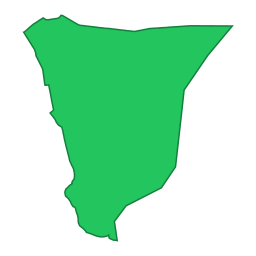 the district of Nasr City, Al Qahirah, Egypt
{"feature_id": "37247803B64528254011318", "entity_name": "Nasr City", "entity_type": "district", "adm_level": 2, "iso_a3": "EGY", "parent_name": "Egypt", "parent_adm1": "Al Qahirah", "projection": "robinson", "projection_center": [31.337, 30.032], "detail": "fine", "context": "isolated", "style": "filled", "palette": "green", "viewbox_px": 256, "rotation_deg": 0, "n_neighbors": 0, "source": "geoboundaries", "source_scale": "gbopen_adm2", "svg_char_len": 4459}
<svg xmlns="http://www.w3.org/2000/svg" viewBox="0 0 256 256"><path d="M86.5,232.4L88.6,233.0L89.6,233.4L91.9,234.2L93.6,234.9L94.6,235.3L95.6,235.7L97.7,236.3L99.5,236.7L101.7,236.9L103.0,236.8L103.8,236.8L104.9,236.6L105.7,236.4L106.5,236.2L107.5,235.8L108.3,235.5L108.6,235.2L108.6,235.7L108.8,236.1L108.9,236.5L109.0,237.4L109.3,238.0L109.5,238.4L113.4,240.1L115.9,240.3L117.2,240.6L114.4,221.4L126.1,205.8L161.4,187.8L175.5,166.9L181.4,114.7L184.1,90.0L188.8,83.2L207.7,55.5L232.3,26.0L189.8,25.8L187.4,26.0L185.7,26.1L182.8,26.3L180.0,26.5L176.9,26.7L174.1,26.9L169.2,27.2L166.3,27.5L162.4,27.7L159.5,27.9L155.7,28.2L153.2,28.3L150.5,28.5L149.3,28.6L148.9,28.6L148.5,28.7L147.6,29.0L145.6,29.3L142.8,29.9L140.9,30.3L138.4,30.7L136.5,31.1L134.8,31.4L134.1,31.4L133.6,31.4L132.6,31.3L131.5,31.1L130.0,31.0L126.6,30.6L124.9,30.4L121.5,30.0L117.4,29.5L113.7,29.1L112.1,28.9L109.3,28.5L109.1,28.5L107.7,28.4L105.3,28.3L105.1,28.3L104.8,28.2L102.4,27.9L99.2,27.6L95.6,27.1L91.5,26.6L84.2,25.8L84.1,25.7L83.0,25.6L80.1,25.3L79.1,25.0L78.3,24.7L77.4,24.2L76.9,23.9L74.3,22.5L72.8,21.5L72.5,21.4L72.2,21.2L71.9,21.0L71.7,20.9L71.2,20.6L68.8,19.2L66.2,17.7L65.4,17.2L64.9,16.9L64.4,16.6L63.3,16.0L63.1,15.9L62.2,15.4L61.9,15.4L61.7,15.4L61.4,15.4L61.0,15.4L60.9,15.5L60.7,15.8L60.5,16.0L60.4,16.2L60.3,16.3L60.1,16.6L59.9,16.8L59.7,17.0L59.4,17.3L59.2,17.5L58.8,17.8L58.7,17.8L58.5,18.0L58.4,18.0L58.2,18.1L57.9,18.2L57.7,18.3L57.2,18.4L56.9,18.4L56.8,18.5L56.7,18.5L56.0,18.6L55.7,18.6L55.4,18.7L55.1,18.7L54.9,18.7L54.7,18.8L54.2,18.8L53.8,18.9L53.5,19.0L53.3,19.0L53.0,19.0L52.7,19.1L52.2,19.1L51.8,19.2L51.5,19.3L51.3,19.3L51.1,19.3L50.9,19.3L50.6,19.4L50.3,19.4L50.1,19.5L49.8,19.5L49.7,19.5L49.4,19.6L49.2,19.6L48.9,19.7L48.7,19.7L48.4,19.7L48.0,19.8L47.9,19.8L47.7,19.8L47.4,19.8L47.2,19.8L46.9,19.8L46.7,19.7L46.4,19.7L46.2,19.6L45.8,19.5L45.7,19.5L45.6,19.4L45.4,19.4L45.2,19.3L45.1,19.2L44.9,19.1L44.7,19.0L44.6,18.9L44.4,18.8L44.3,18.7L44.2,18.6L43.8,18.4L43.6,18.2L43.4,18.1L43.2,17.9L39.8,20.0L38.3,21.0L36.1,22.5L33.8,23.9L33.5,24.1L32.5,24.9L31.1,26.1L30.8,26.3L30.3,26.8L29.4,27.5L27.9,28.9L27.1,29.7L26.3,30.3L25.5,31.0L24.3,32.0L23.7,32.2L25.2,34.6L26.0,35.9L27.1,37.7L27.7,38.5L28.2,39.4L28.6,40.0L29.0,40.7L29.3,41.1L29.5,41.5L29.8,41.9L30.0,42.3L30.3,42.7L30.8,43.6L32.5,46.3L33.1,47.2L33.6,48.0L34.1,48.9L34.2,49.0L34.3,49.1L34.4,49.3L34.5,49.5L34.8,50.3L34.9,50.7L35.1,51.2L35.2,51.6L35.4,52.1L35.5,52.6L35.6,52.9L35.7,53.0L35.7,53.3L35.8,53.5L35.8,53.8L35.8,54.0L35.9,54.8L35.9,55.1L36.0,55.3L36.0,55.6L36.1,55.8L36.2,56.0L36.3,56.3L36.4,56.6L36.5,56.7L36.6,56.9L39.6,62.9L42.1,67.8L42.2,68.1L42.3,68.2L42.4,68.4L42.4,68.5L42.5,68.7L42.5,68.8L42.6,69.0L42.7,69.3L42.8,69.5L42.8,69.8L42.9,70.0L42.9,70.3L43.0,70.5L43.0,71.0L43.1,71.5L43.1,71.9L44.7,83.7L44.7,83.9L44.8,84.1L44.9,84.4L44.9,84.5L45.0,84.8L45.0,85.0L45.1,85.3L48.7,85.0L49.2,87.5L49.4,88.7L49.6,89.4L50.2,92.4L51.0,96.8L51.6,100.1L51.9,101.7L52.2,103.1L52.3,103.6L52.4,104.0L52.8,105.8L53.1,107.7L53.1,108.0L53.3,108.5L53.4,109.0L53.4,109.3L53.5,109.5L53.6,109.9L53.6,110.0L52.8,110.8L50.1,113.0L51.5,114.7L52.6,116.1L53.0,116.6L53.4,117.2L53.8,117.7L54.2,118.2L54.3,118.4L54.5,118.6L54.6,118.8L54.9,119.2L55.1,119.5L55.4,120.1L55.7,120.8L56.0,121.6L56.2,121.9L56.5,122.5L56.8,122.8L56.9,123.0L57.4,123.7L57.5,123.9L57.8,124.2L58.0,124.5L58.4,124.9L58.5,125.0L58.7,125.3L58.8,125.4L59.0,125.4L59.2,125.6L59.5,125.8L60.4,126.3L60.5,126.4L60.8,126.5L61.0,126.6L61.2,126.8L61.4,126.9L61.5,127.0L61.8,127.3L61.9,127.5L62.0,127.6L62.0,127.8L62.1,128.2L62.3,129.0L62.5,129.6L62.6,130.0L62.8,130.9L62.9,131.2L63.2,133.2L63.8,135.8L64.1,137.5L64.5,139.5L64.9,141.1L66.1,146.3L69.2,158.3L69.2,158.7L69.4,159.5L69.6,160.5L71.5,164.7L71.9,165.7L72.4,166.5L72.9,167.4L73.6,169.2L74.2,172.1L74.4,173.0L74.4,173.7L74.4,174.1L74.5,175.9L74.4,176.8L74.3,177.6L74.3,178.6L73.9,179.3L73.0,180.5L72.7,180.8L72.2,181.7L72.0,182.4L71.9,182.9L71.8,183.1L71.9,183.3L72.2,183.6L71.9,183.9L71.2,184.4L70.3,184.9L69.7,185.3L69.0,186.0L68.1,187.0L67.4,187.7L66.2,188.7L65.7,189.5L65.6,189.8L65.3,190.6L65.1,191.1L65.0,191.7L64.9,192.3L64.9,192.7L65.1,193.7L65.2,194.6L65.6,196.1L68.3,198.5L70.4,201.6L71.4,203.9L72.2,205.3L73.3,206.8L74.2,206.9L74.6,206.9L75.1,207.4L75.6,208.9L76.3,211.9L77.5,215.2L78.1,217.8L78.1,218.9L78.3,220.2L78.2,220.8L78.3,222.1L78.6,223.5L79.1,224.3L79.5,225.4L80.0,226.0L80.3,226.3L83.3,228.6L85.4,230.8L86.5,232.4Z" fill="#22c55e" stroke="#15803d" stroke-width="1.5"/></svg>